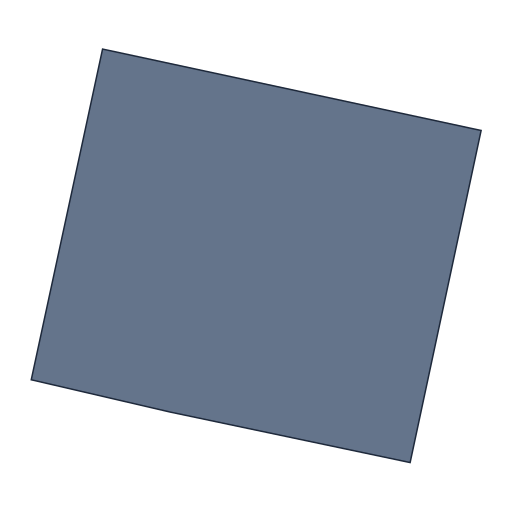 the district of Lincoln, Oklahoma, United States of America, rotated 102°
{"feature_id": "52423323B68871518650503", "entity_name": "Lincoln", "entity_type": "district", "adm_level": 2, "iso_a3": "USA", "parent_name": "United States of America", "parent_adm1": "Oklahoma", "projection": "natural_earth1", "projection_center": [-96.891, 35.702], "detail": "fine", "context": "isolated", "style": "filled", "palette": "slate", "viewbox_px": 512, "rotation_deg": 102, "n_neighbors": 0, "source": "geoboundaries", "source_scale": "gbopen_adm2", "svg_char_len": 272}
<svg xmlns="http://www.w3.org/2000/svg" viewBox="0 0 512 512"><g transform="rotate(102 256 256)"><path d="M426.5,307.3L426.0,62.3L86.4,61.9L86.4,73.6L86.0,238.1L85.5,449.1L201.0,449.4L423.8,450.1L426.5,307.3Z" fill="#64748b" stroke="#1e293b" stroke-width="1.5"/></g></svg>